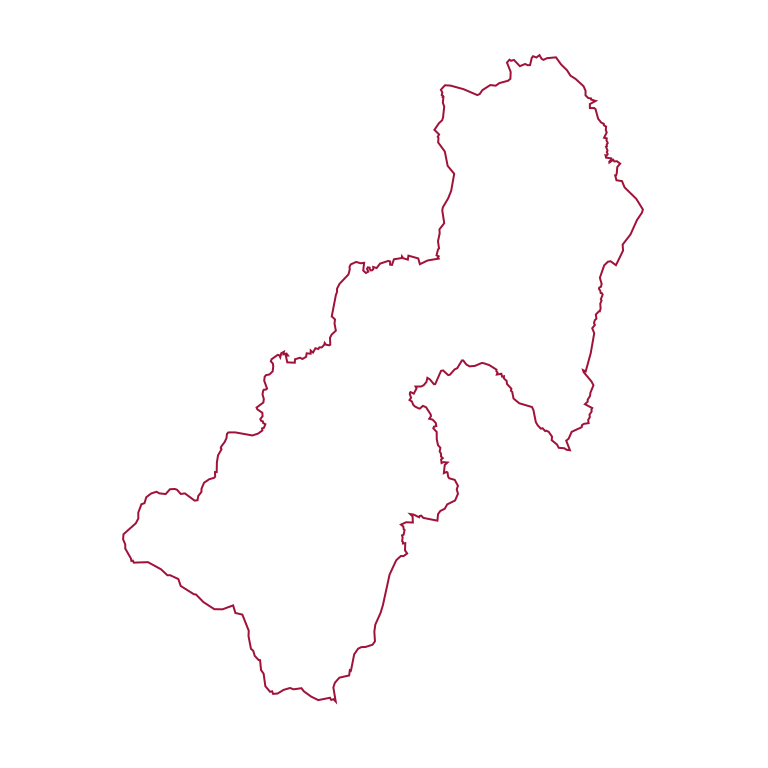 Sidenreng Rappang, Sulawesi Selatan, Indonesia (Natural Earth projection), rotated 174°
{"feature_id": "22746128B89870320898123", "entity_name": "Sidenreng Rappang", "entity_type": "district", "adm_level": 2, "iso_a3": "IDN", "parent_name": "Indonesia", "parent_adm1": "Sulawesi Selatan", "projection": "natural_earth1", "projection_center": [119.91, -3.808], "detail": "fine", "context": "isolated", "style": "outline", "palette": "rose", "viewbox_px": 768, "rotation_deg": 174, "n_neighbors": 0, "source": "geoboundaries", "source_scale": "gbopen_adm2", "svg_char_len": 6146}
<svg xmlns="http://www.w3.org/2000/svg" viewBox="0 0 768 768"><g transform="rotate(174 384 384)"><path d="M178.8,690.9L187.9,691.0L191.5,689.7L193.3,691.0L195.0,694.8L198.3,692.8L201.5,694.4L203.0,692.8L205.4,685.9L207.7,686.0L210.2,687.5L215.7,685.9L220.9,692.7L223.9,692.2L225.3,693.4L228.1,690.8L225.4,681.1L226.4,674.3L229.0,672.6L237.8,671.2L241.7,669.0L247.0,670.2L255.4,666.0L258.6,662.3L261.0,661.6L274.1,668.9L286.6,673.8L292.1,674.7L294.7,672.5L296.7,670.6L295.5,667.9L296.4,665.4L295.3,664.5L295.7,663.4L294.9,663.3L296.1,657.5L295.1,653.8L297.4,642.9L298.6,640.2L302.0,637.7L307.3,631.5L303.1,626.4L304.7,624.3L304.1,623.0L304.9,618.6L299.2,608.8L297.9,594.3L292.2,585.7L297.0,569.1L300.8,561.9L307.0,553.6L307.9,550.6L307.3,537.6L312.7,532.0L312.9,527.9L315.4,520.3L315.1,513.1L316.2,512.2L318.3,506.5L316.3,505.3L317.2,504.4L316.5,503.0L327.7,502.3L335.8,499.4L336.8,505.3L346.3,509.1L347.3,505.2L351.8,507.1L352.8,509.0L353.2,507.4L361.1,507.0L363.6,501.6L365.5,502.1L365.1,505.2L366.8,506.0L375.4,504.1L379.2,500.1L382.5,501.5L382.6,499.5L383.7,498.4L385.2,498.3L386.1,499.5L386.1,501.2L387.9,501.7L388.9,500.2L387.8,497.4L390.4,496.3L392.8,499.0L391.1,506.6L394.5,506.5L399.0,508.3L404.6,506.4L406.1,504.0L406.0,501.7L407.9,496.7L417.7,488.3L420.7,483.8L421.1,480.5L422.6,477.4L428.9,456.7L426.0,453.4L426.9,449.2L426.3,442.1L430.9,438.6L432.9,435.6L433.3,428.7L434.5,428.2L437.7,429.2L438.7,431.0L439.3,429.3L442.1,426.9L444.4,427.2L445.7,425.7L448.5,426.7L451.3,422.7L453.4,424.9L453.8,421.8L457.7,422.6L458.6,419.2L462.5,417.4L464.8,418.9L469.9,417.9L470.5,414.5L477.9,415.6L478.7,422.4L476.5,422.3L477.8,424.5L480.9,424.0L480.2,426.5L483.0,425.3L484.4,421.4L485.2,423.5L486.6,424.1L493.2,420.4L494.2,418.4L492.4,416.0L492.3,413.1L493.4,408.2L496.9,405.5L500.5,405.1L501.9,403.7L502.8,399.8L500.8,391.7L501.7,390.9L504.2,390.8L504.9,389.9L505.9,386.5L505.1,381.7L505.9,378.2L513.2,373.9L512.6,372.0L508.0,368.1L508.1,364.7L510.7,362.0L510.0,360.2L508.4,359.5L508.3,357.9L506.2,356.4L508.0,353.0L509.9,352.6L509.8,350.5L514.5,347.8L520.3,346.6L536.9,351.4L543.9,352.1L545.4,350.8L546.3,346.7L548.5,343.0L552.4,338.8L553.1,337.4L552.4,336.1L556.5,330.4L558.4,323.5L559.6,313.9L561.3,314.1L561.6,309.5L562.9,308.4L567.7,307.6L573.3,304.6L576.4,299.0L576.9,295.7L580.4,292.1L581.6,287.9L584.5,287.8L593.4,296.0L597.7,295.9L600.8,300.4L603.1,301.5L607.9,301.7L612.6,297.4L618.8,298.7L621.5,300.6L626.9,299.5L632.2,296.3L634.7,290.5L637.8,289.8L641.8,281.8L642.4,275.9L645.4,271.4L658.8,261.8L659.7,256.8L658.1,251.5L658.5,247.3L654.0,237.1L653.7,234.4L652.2,234.6L651.5,232.5L637.4,231.5L625.1,223.0L619.4,216.4L616.7,216.2L608.9,211.5L607.3,204.4L595.1,194.8L593.0,194.3L586.3,185.9L576.3,177.8L568.2,176.8L557.2,179.6L555.7,171.8L549.0,169.5L544.3,152.8L545.1,147.5L544.0,134.6L541.9,132.3L541.0,127.2L537.6,122.6L536.1,122.3L536.2,112.4L534.0,108.5L533.6,95.9L529.5,89.8L527.4,90.1L526.7,87.4L522.2,87.3L515.8,90.3L509.2,91.5L505.8,89.8L497.9,90.1L495.8,86.7L489.1,80.7L482.4,76.5L470.5,77.6L469.5,75.3L467.2,75.8L465.2,73.2L466.1,87.4L464.1,92.0L459.1,96.6L449.1,97.8L447.9,102.9L447.0,102.2L446.4,103.7L441.9,118.3L437.4,123.5L434.0,124.7L429.9,124.4L422.7,125.9L419.9,129.0L419.5,138.7L417.8,145.6L411.3,156.8L408.2,164.2L398.4,193.8L390.3,207.4L385.2,211.2L382.6,210.8L378.7,213.0L380.5,216.4L379.5,223.5L381.9,223.4L381.7,225.0L382.4,225.9L381.5,229.4L381.9,231.6L380.3,232.0L378.8,236.6L379.6,237.5L379.7,240.3L381.8,242.4L376.5,244.2L369.8,243.2L369.4,249.3L371.5,251.9L368.1,251.0L363.0,247.8L362.3,249.0L360.8,249.2L358.8,246.7L345.2,242.5L343.8,249.0L341.2,251.9L336.6,253.6L333.7,257.7L325.5,260.7L321.9,267.1L322.7,271.6L321.1,275.0L323.7,281.3L329.0,283.4L329.9,285.1L330.1,289.4L330.9,290.0L333.8,289.1L332.0,297.2L329.1,299.3L333.1,300.1L335.0,299.4L335.1,303.0L333.3,304.1L334.9,306.0L334.5,308.6L335.7,311.1L334.6,314.7L336.7,317.5L337.3,323.8L336.6,330.8L339.6,334.8L338.8,336.3L336.4,336.7L336.6,339.9L339.4,343.5L342.6,344.7L340.7,347.0L340.7,348.7L344.6,356.5L347.6,358.2L350.9,355.8L352.0,356.1L355.6,358.4L357.2,360.4L358.0,363.6L360.3,365.4L358.5,367.5L359.4,371.3L359.0,372.7L358.5,373.2L355.4,371.3L352.1,376.2L352.9,378.2L347.5,377.6L344.7,378.6L341.6,381.6L340.2,385.6L337.9,383.8L334.4,378.6L333.1,378.5L325.9,391.1L323.8,391.3L319.2,386.1L317.4,386.4L312.3,391.1L309.5,392.1L304.0,399.3L302.7,399.1L300.2,394.9L297.1,392.6L291.7,392.5L284.6,394.7L282.6,394.2L277.3,391.8L270.6,386.5L270.9,384.9L269.9,383.6L270.8,381.6L266.2,381.9L265.8,379.0L263.9,379.2L264.2,377.1L261.7,374.2L261.7,371.2L257.8,366.0L258.5,364.1L257.3,362.7L256.7,356.0L251.5,350.7L239.2,345.6L238.1,342.3L237.0,330.3L235.5,326.9L232.7,323.2L230.9,323.4L228.6,320.3L227.4,320.6L225.2,319.2L222.4,314.1L223.1,310.6L218.3,305.8L216.9,302.3L211.3,301.2L209.3,299.5L206.0,298.7L208.7,308.6L206.1,310.3L202.4,316.8L191.9,320.4L191.4,322.4L189.3,323.5L184.6,323.7L184.7,326.9L182.7,329.6L182.9,331.9L180.4,334.9L180.3,337.1L179.4,338.3L186.3,342.9L183.3,345.1L183.1,347.1L180.4,350.5L179.6,353.8L175.8,360.9L177.5,365.0L184.2,374.9L184.6,377.0L182.1,375.4L175.2,393.0L169.6,412.6L171.1,417.7L168.1,420.7L168.8,422.6L167.7,425.4L165.9,426.8L166.1,430.9L162.7,433.8L161.8,433.7L160.7,436.4L160.5,441.3L158.9,444.4L159.5,445.6L157.2,450.0L157.7,451.4L159.0,451.8L159.2,454.3L160.3,456.1L159.9,457.3L158.0,458.1L157.1,460.8L158.2,467.1L152.6,479.0L148.5,482.2L145.8,482.4L140.9,477.9L132.3,491.7L132.1,497.7L123.2,507.0L115.3,520.6L109.5,527.5L108.3,530.5L113.7,541.7L124.2,554.4L126.1,560.9L131.5,562.3L132.3,567.3L131.3,567.3L130.5,569.2L129.3,575.4L126.1,578.5L129.1,581.2L131.7,581.3L132.6,583.0L136.7,580.7L136.7,581.6L134.3,583.5L134.3,584.6L139.5,585.9L139.8,588.3L138.7,587.9L137.5,589.2L138.2,591.4L137.3,592.7L138.4,596.8L137.4,597.3L137.5,598.9L136.3,600.3L137.3,603.1L136.8,605.0L139.4,605.9L136.2,610.9L136.9,613.4L136.2,616.8L138.3,618.3L138.2,619.8L140.6,621.2L143.3,625.4L144.9,635.3L146.2,636.5L150.4,636.9L150.0,640.9L143.9,643.4L148.3,645.2L148.2,646.3L151.0,647.1L153.4,650.0L152.9,654.5L154.4,659.3L161.8,667.6L166.3,671.1L169.2,676.9L174.5,683.3L178.8,690.9Z" fill="none" stroke="#9f1239" stroke-width="2"/></g></svg>